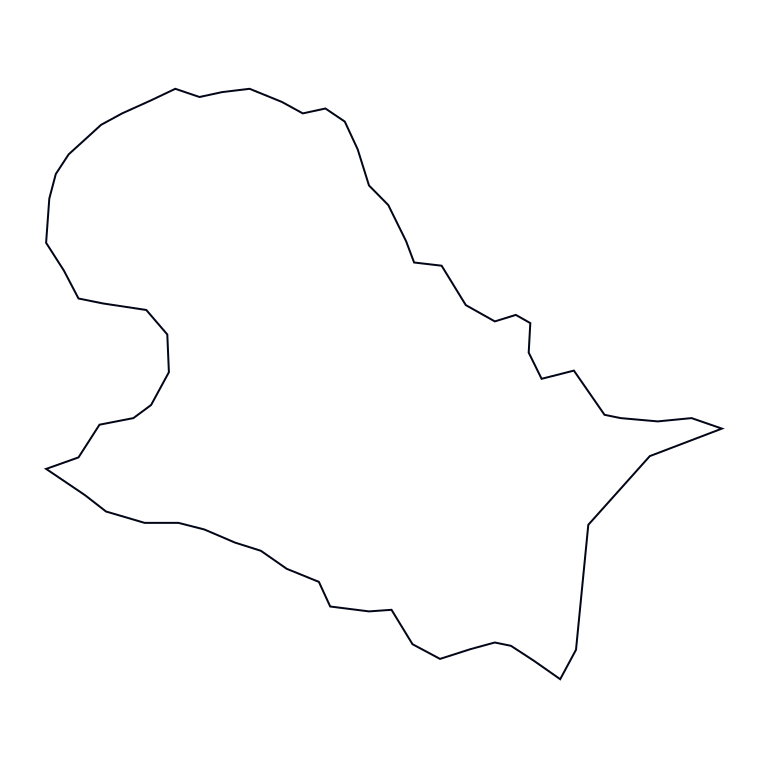 Kotsiatis, Nicosia, Cyprus, rotated 90°
{"feature_id": "46923920B69253300160662", "entity_name": "Kotsiatis", "entity_type": "district", "adm_level": 2, "iso_a3": "CYP", "parent_name": "Cyprus", "parent_adm1": "Nicosia", "projection": "robinson", "projection_center": [33.342, 35.013], "detail": "fine", "context": "isolated", "style": "outline", "palette": "ink", "viewbox_px": 768, "rotation_deg": 90, "n_neighbors": 0, "source": "geoboundaries", "source_scale": "gbopen_adm2", "svg_char_len": 974}
<svg xmlns="http://www.w3.org/2000/svg" viewBox="0 0 768 768"><g transform="rotate(90 384 384)"><path d="M428.6,46.1L418.1,76.4L421.4,110.3L418.1,147.4L414.8,163.5L370.6,194.1L378.8,226.4L352.6,239.3L323.1,237.7L314.9,252.2L321.4,273.2L305.1,302.2L265.7,326.4L262.5,353.9L241.2,361.9L205.1,379.7L185.5,399.0L149.4,410.3L121.6,423.2L108.5,442.6L113.4,465.2L101.9,486.2L88.8,518.4L92.1,545.9L97.0,568.5L88.8,592.7L100.3,616.9L113.4,645.9L124.8,666.9L139.6,683.1L154.3,699.3L174.0,712.2L198.6,718.7L242.8,721.9L270.6,704.1L298.5,689.5L303.4,665.3L310.0,621.7L334.5,600.7L372.2,599.1L405.0,616.9L418.1,634.6L424.7,668.5L457.4,689.5L468.9,721.9L495.1,683.1L511.5,662.0L522.9,623.3L522.9,589.4L529.5,563.6L542.6,533.0L550.8,507.1L568.8,481.3L581.9,449.1L606.5,437.8L611.4,399.0L609.8,376.5L644.2,355.5L658.9,328.0L649.1,297.4L642.5,273.2L645.8,257.1L660.5,234.5L679.2,207.8L649.8,192.0L524.8,179.7L456.1,118.2L428.6,46.1Z" fill="none" stroke="#020617" stroke-width="2"/></g></svg>